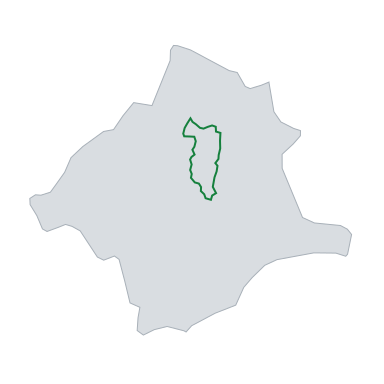 Kosovo, with Lipljan highlighted, rotated 273°
{"feature_id": "KOS-5903", "entity_name": "Lipljan", "entity_type": "District", "adm_level": 1, "iso_a3": "XKX", "parent_name": "Kosovo", "parent_adm1": "", "projection": "orthographic", "projection_center": [21.101, 42.527], "detail": "fine", "context": "in_parent", "style": "outline", "palette": "green", "viewbox_px": 384, "rotation_deg": 273, "n_neighbors": 0, "source": "natural_earth", "source_scale": "10m", "svg_char_len": 1613}
<svg xmlns="http://www.w3.org/2000/svg" viewBox="0 0 384 384"><g transform="rotate(273 192 192)"><path d="M99.9,129.4L120.9,122.7L124.0,117.9L119.3,107.4L122.1,100.9L147.3,82.4L151.4,74.0L153.0,67.4L149.7,60.3L145.0,49.3L147.3,44.6L160.3,38.3L170.9,31.0L177.1,30.4L181.0,35.8L180.9,41.3L184.4,50.6L192.1,55.6L205.0,63.8L220.0,69.4L231.7,80.6L247.8,100.5L250.2,110.4L264.7,119.2L278.2,129.1L276.2,147.5L322.1,163.3L332.5,163.1L337.4,165.9L337.3,170.1L333.8,183.0L315.2,222.7L313.7,230.9L300.2,239.6L298.3,244.6L302.2,255.5L305.8,263.1L305.5,263.1L276.4,269.6L266.6,277.1L260.8,290.2L259.0,297.1L253.8,297.3L245.2,290.5L234.4,280.0L220.3,280.8L172.3,303.7L167.5,315.8L166.3,342.0L163.0,349.1L157.9,353.6L138.0,350.6L135.9,348.9L138.5,338.9L137.6,316.9L128.9,280.4L122.6,268.5L109.6,256.5L99.5,248.7L81.3,241.6L72.2,221.5L58.5,198.7L51.9,193.4L53.0,191.2L56.4,174.1L52.6,161.6L46.6,150.9L50.8,144.5L63.6,144.7L74.1,146.0L78.0,135.9L99.9,129.4Z" fill="#d9dde1" stroke="#a8b0b8" stroke-width="1"/><path d="M186.5,205.9L190.4,204.3L193.4,200.8L197.4,200.8L200.8,198.4L201.7,194.3L206.1,190.2L210.0,190.8L213.9,189.0L219.5,190.2L224.3,188.4L226.9,189.6L229.5,192.6L234.2,190.2L237.3,192.0L242.9,193.1L247.3,191.4L247.3,186.6L247.2,181.3L249.8,180.2L255.5,181.3L260.3,183.7L265.5,186.6L262.0,188.9L259.9,192.3L256.5,196.6L255.9,200.2L257.9,204.4L259.5,208.6L258.4,212.3L253.6,212.8L252.5,217.3L244.7,217.3L236.9,217.9L230.3,216.7L226.4,216.7L222.1,213.8L219.5,216.1L213.8,215.5L207.8,213.7L203.0,213.1L198.2,212.5L192.1,216.1L189.5,212.3L185.2,211.3L186.5,205.9Z" fill="none" stroke="#15803d" stroke-width="2"/></g></svg>